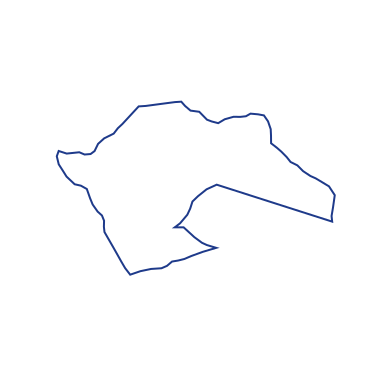 Araçoiaba, Pernambuco, Brazil (Mercator projection), rotated 301°
{"feature_id": "56859067B21879203827187", "entity_name": "Araçoiaba", "entity_type": "district", "adm_level": 2, "iso_a3": "BRA", "parent_name": "Brazil", "parent_adm1": "Pernambuco", "projection": "mercator", "projection_center": [-35.078, -7.801], "detail": "fine", "context": "isolated", "style": "outline", "palette": "blue", "viewbox_px": 384, "rotation_deg": 301, "n_neighbors": 0, "source": "geoboundaries", "source_scale": "gbopen_adm2", "svg_char_len": 1200}
<svg xmlns="http://www.w3.org/2000/svg" viewBox="0 0 384 384"><g transform="rotate(301 192 192)"><path d="M238.8,327.4L243.3,324.0L251.7,320.7L262.8,316.0L267.4,306.5L267.4,291.0L266.7,285.2L267.1,276.5L269.1,268.6L268.5,261.0L270.7,255.2L272.6,247.8L273.6,242.2L274.5,234.7L281.0,230.7L286.4,227.1L291.7,220.8L294.7,214.2L292.6,208.6L289.3,201.8L284.7,199.2L281.2,194.6L277.9,188.9L271.2,182.6L264.5,179.0L262.6,172.5L261.7,167.6L264.5,156.9L261.0,148.8L262.2,141.7L263.9,136.3L260.3,131.1L253.4,122.4L242.0,108.1L237.9,102.2L214.4,97.3L208.5,95.6L201.7,94.8L192.8,89.1L184.9,86.7L176.9,87.4L172.3,85.5L168.8,80.6L168.0,74.9L160.4,64.8L158.5,56.6L153.0,57.7L147.1,63.5L143.9,70.0L140.6,76.5L138.2,87.4L140.2,93.5L140.4,100.3L134.2,107.8L130.1,113.3L126.6,121.2L125.5,126.9L122.1,131.4L116.8,134.4L112.6,137.6L104.2,152.7L99.9,160.3L95.9,167.3L92.3,173.9L89.3,181.6L97.6,188.6L105.0,196.6L110.9,205.1L115.8,208.6L122.1,210.7L126.1,215.4L130.6,219.9L136.8,224.4L146.3,232.1L156.6,241.5L154.2,232.1L153.6,226.7L154.5,217.3L157.4,203.0L152.8,195.4L159.0,197.9L170.1,199.7L176.8,199.0L184.1,197.3L191.5,199.3L201.8,203.1L211.0,209.4L238.8,327.4Z" fill="none" stroke="#1e3a8a" stroke-width="2"/></g></svg>